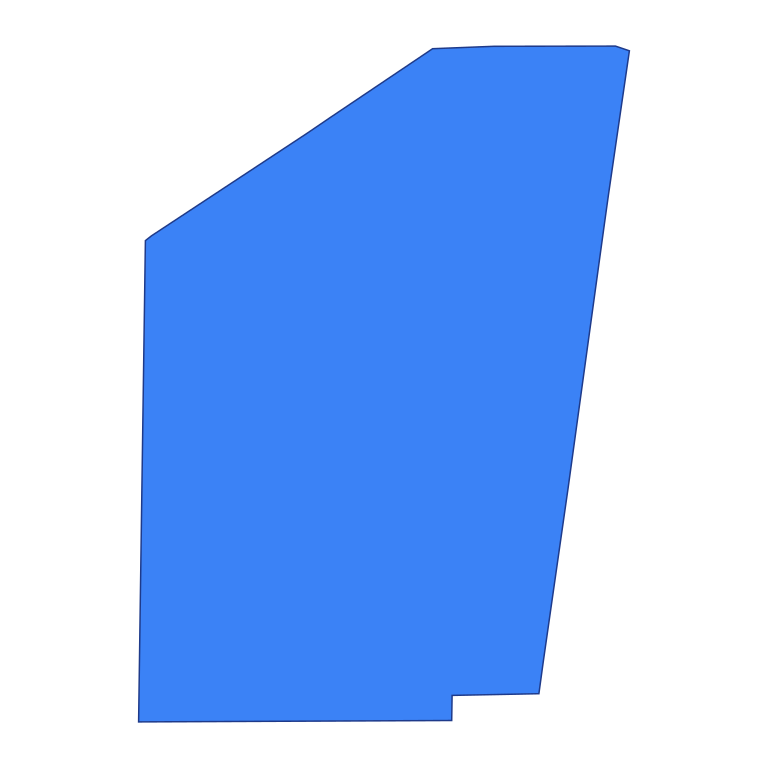 Ripley, Indiana, United States of America
{"feature_id": "52423323B48064800359713", "entity_name": "Ripley", "entity_type": "district", "adm_level": 2, "iso_a3": "USA", "parent_name": "United States of America", "parent_adm1": "Indiana", "projection": "equal_earth", "projection_center": [-85.227, 39.112], "detail": "fine", "context": "isolated", "style": "filled", "palette": "blue", "viewbox_px": 768, "rotation_deg": 0, "n_neighbors": 0, "source": "geoboundaries", "source_scale": "gbopen_adm2", "svg_char_len": 332}
<svg xmlns="http://www.w3.org/2000/svg" viewBox="0 0 768 768"><path d="M145.4,240.6L138.6,721.9L451.7,720.5L452.1,695.4L538.9,693.7L543.2,662.2L568.2,487.4L604.6,222.5L608.4,195.2L629.4,50.8L615.5,46.1L493.8,46.3L432.6,48.7L331.0,117.0L306.9,133.4L151.5,235.8L145.4,240.6Z" fill="#3b82f6" stroke="#1e3a8a" stroke-width="1.5"/></svg>